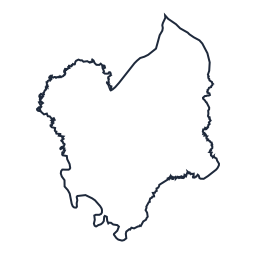 outline of Na Thom, Nakhon Phanom, Thailand
{"feature_id": "78962969B75558951633427", "entity_name": "Na Thom", "entity_type": "district", "adm_level": 2, "iso_a3": "THA", "parent_name": "Thailand", "parent_adm1": "Nakhon Phanom", "projection": "robinson", "projection_center": [104.092, 17.839], "detail": "fine", "context": "isolated", "style": "outline", "palette": "slate", "viewbox_px": 256, "rotation_deg": 0, "n_neighbors": 0, "source": "geoboundaries", "source_scale": "gbopen_adm2", "svg_char_len": 5717}
<svg xmlns="http://www.w3.org/2000/svg" viewBox="0 0 256 256"><path d="M108.3,223.4L109.1,222.7L111.0,222.8L113.2,224.5L117.3,225.1L118.9,226.6L117.3,230.7L114.0,233.9L113.9,234.7L116.4,238.1L118.3,239.6L122.0,240.6L124.0,240.1L126.3,238.3L125.8,233.8L126.3,231.6L129.3,229.2L130.1,229.6L131.4,227.7L134.1,228.4L137.8,226.5L139.2,226.3L139.8,225.5L140.8,226.0L143.2,221.5L146.1,219.6L146.4,218.4L147.7,216.7L147.1,212.7L145.6,210.1L146.5,207.8L146.3,206.7L148.7,202.3L149.8,201.8L149.5,200.9L150.2,198.5L151.9,197.7L152.3,196.7L154.1,196.4L154.0,195.4L152.9,192.9L154.8,192.8L155.6,191.3L156.7,190.9L156.5,188.5L158.3,187.6L159.2,185.8L159.3,184.8L167.2,179.9L167.7,179.0L168.9,179.4L169.2,178.6L168.3,178.1L169.7,177.4L170.5,176.0L170.9,177.4L171.5,176.4L172.0,176.7L172.3,179.0L173.4,178.9L174.0,177.2L175.1,177.5L175.7,176.9L176.0,177.3L175.9,178.5L176.8,177.5L177.8,177.7L177.8,176.8L178.7,177.0L179.2,178.0L180.0,177.7L180.1,176.8L181.5,176.3L181.9,176.8L181.6,177.9L182.8,178.0L182.6,176.9L183.6,176.6L184.1,177.0L184.5,174.9L185.0,175.3L185.9,175.0L185.7,176.4L186.0,176.5L187.0,173.2L187.9,172.4L187.7,171.7L188.3,172.2L188.4,173.1L189.1,173.5L189.5,173.4L189.0,172.6L189.6,172.4L190.8,174.2L191.8,173.7L192.5,174.0L193.7,173.7L193.7,175.0L192.9,176.9L193.1,177.5L194.7,177.6L195.4,176.7L196.3,176.7L197.7,174.7L198.7,175.6L199.5,178.1L200.6,178.7L203.7,178.8L207.9,176.1L216.2,169.6L217.6,167.9L218.9,165.3L219.0,163.7L217.1,160.6L216.5,158.5L214.6,157.5L214.1,156.6L213.8,157.3L213.3,157.2L213.5,156.4L212.7,157.2L212.5,156.5L211.0,155.5L210.9,154.4L211.3,153.9L210.9,153.0L211.3,152.6L210.1,152.3L210.3,152.2L209.7,151.4L210.5,150.0L210.9,150.1L210.7,149.5L212.2,148.3L212.4,146.8L211.6,145.4L212.2,144.9L211.7,144.4L212.0,143.9L211.6,142.5L210.5,142.3L209.8,141.0L208.2,140.4L208.2,139.8L207.5,140.0L207.8,139.2L206.6,138.7L206.3,137.9L206.7,137.2L206.2,137.4L206.9,136.6L206.6,135.9L205.7,134.7L205.4,135.6L204.8,135.6L205.2,135.1L204.6,135.0L204.9,134.2L204.4,134.2L204.3,133.1L203.4,133.5L203.6,132.8L202.8,131.7L203.2,129.4L205.2,129.3L205.1,128.8L205.8,128.9L205.5,127.9L207.2,128.3L208.1,127.1L207.7,126.6L208.5,125.5L208.4,124.8L209.6,124.0L208.9,122.4L210.6,120.5L209.9,119.4L209.7,118.0L209.3,118.2L209.3,117.2L208.7,117.2L208.0,116.0L208.4,113.8L208.2,110.6L209.1,109.4L209.2,107.6L206.5,102.3L206.0,102.2L204.9,100.4L203.1,98.7L203.0,97.7L204.8,96.1L206.6,95.9L207.2,95.5L208.8,95.6L209.9,95.0L209.4,93.3L207.5,92.8L207.2,91.7L207.7,91.3L207.5,90.1L208.2,89.7L209.0,87.8L211.1,87.1L211.2,86.2L212.3,85.2L212.4,84.0L212.9,83.8L212.0,82.8L212.0,82.1L209.5,80.4L209.2,78.8L208.6,78.5L208.4,77.9L208.2,76.8L208.7,76.4L207.9,74.7L209.2,70.8L209.7,62.4L207.4,53.2L202.3,43.5L199.4,40.3L193.8,37.3L189.4,34.3L187.7,32.6L180.1,28.3L176.0,24.2L168.2,18.9L165.1,15.4L165.3,17.9L162.9,23.0L162.3,25.2L162.8,28.0L162.3,30.7L159.7,35.1L156.0,48.6L148.2,54.8L144.4,56.7L140.2,58.0L137.0,60.7L134.5,63.2L119.0,82.9L115.2,87.2L112.6,89.4L110.8,90.4L110.3,89.9L109.8,88.6L110.5,89.1L111.2,88.6L110.6,87.9L111.3,87.4L111.4,86.4L108.9,85.5L109.1,84.7L108.4,84.9L106.9,82.8L107.0,82.5L108.1,83.2L108.8,82.5L108.5,80.0L108.9,79.1L108.2,78.5L108.2,77.2L111.0,75.1L110.4,74.4L110.7,73.5L110.2,72.4L109.2,72.2L108.0,73.7L104.8,73.6L103.3,72.5L104.0,71.3L102.8,68.6L105.0,67.7L104.6,66.0L103.9,65.5L102.4,66.7L102.2,65.2L100.7,63.7L99.3,64.9L96.4,64.8L94.6,63.0L93.6,60.6L92.7,59.9L92.7,60.5L92.2,60.3L92.2,61.9L90.1,62.5L90.0,62.0L89.2,62.3L87.3,61.2L83.5,61.7L81.9,60.3L80.5,60.4L78.5,59.6L76.1,60.8L75.4,61.8L74.8,64.3L74.0,64.5L72.9,64.0L72.0,65.5L71.6,65.3L71.3,66.3L69.6,66.5L69.4,65.8L69.0,65.8L69.0,66.6L68.4,66.9L69.2,68.0L68.0,68.3L67.6,69.0L65.1,68.9L65.0,69.4L65.7,70.2L64.9,70.4L65.1,70.6L64.2,71.1L64.1,71.8L64.4,72.4L65.1,72.2L65.3,73.7L64.5,75.1L63.9,75.1L63.2,76.1L61.3,76.9L60.4,76.4L60.4,77.1L59.1,76.8L58.8,77.3L58.1,76.9L56.2,77.7L56.1,77.2L54.4,77.0L53.2,77.6L51.6,76.9L51.8,75.9L51.0,76.2L50.8,75.8L49.7,76.5L49.4,77.2L50.5,77.3L49.9,78.3L50.7,78.5L51.0,78.1L51.3,79.3L50.8,79.7L50.4,79.3L50.0,80.6L48.9,80.3L47.7,81.1L47.4,82.1L46.6,82.2L47.0,84.5L47.4,85.0L47.2,85.8L47.8,86.3L47.4,86.8L47.0,86.6L47.2,87.3L46.4,86.8L45.8,87.1L46.2,89.1L45.5,89.5L45.6,89.9L44.6,90.8L43.9,92.6L43.4,92.9L43.9,94.3L42.9,94.9L41.0,93.8L39.5,95.3L39.3,96.6L39.7,97.3L40.7,96.6L42.8,96.7L41.2,98.8L40.8,98.7L40.6,97.8L40.1,97.7L39.8,99.8L40.5,100.9L42.9,103.0L42.1,103.6L41.7,102.5L40.7,101.6L39.0,102.2L41.4,106.7L40.6,107.6L39.2,107.1L38.7,107.4L37.0,109.1L37.2,110.0L38.1,110.8L39.3,111.0L39.4,109.3L39.8,109.1L41.0,111.7L44.0,114.4L46.8,113.6L47.8,116.2L49.8,116.4L51.9,119.0L53.8,118.2L54.6,119.8L53.7,120.0L53.3,120.9L52.2,120.3L51.5,120.5L53.0,121.8L51.8,122.2L51.6,122.8L52.9,123.4L52.4,123.8L52.1,125.0L50.6,125.2L50.5,125.8L51.7,127.2L55.1,128.0L54.8,130.4L55.2,131.2L56.3,131.6L56.0,132.3L56.4,133.6L60.3,134.0L60.3,134.5L59.1,135.0L58.8,135.7L63.5,136.5L62.3,137.9L63.5,138.9L61.3,140.5L61.7,141.3L62.7,141.6L63.3,143.5L64.4,143.8L64.6,144.4L63.8,146.3L61.5,147.0L60.4,148.2L60.3,148.8L60.6,149.1L62.9,147.9L64.4,148.4L63.8,150.1L64.9,150.4L63.6,153.0L62.6,152.2L62.3,152.4L62.2,154.6L62.7,155.3L66.8,156.0L67.2,159.2L69.6,164.1L70.2,168.0L69.5,169.2L68.4,169.7L62.3,169.6L61.1,171.2L60.8,173.5L61.8,176.5L64.5,180.2L64.6,186.5L67.8,190.1L69.7,193.6L71.7,203.7L72.6,206.0L73.7,207.2L75.0,207.6L76.1,207.6L76.9,206.7L76.7,203.2L77.3,200.2L76.7,197.0L77.4,196.0L85.5,195.1L92.1,198.3L95.0,200.3L100.2,206.2L101.6,208.5L102.0,210.2L101.9,212.6L101.0,214.0L99.3,214.8L95.7,214.8L94.3,215.5L94.8,219.8L93.9,223.6L94.6,225.6L95.5,226.3L96.3,226.4L98.3,225.1L100.8,224.3L102.5,223.0L103.8,221.1L104.2,216.7L104.8,215.9L106.8,216.8L107.2,220.8L108.3,223.4Z" fill="none" stroke="#1e293b" stroke-width="2"/></svg>